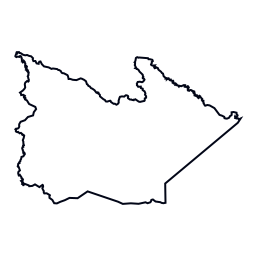 the district of Robežnieku pag., Kraslavas, Latvia
{"feature_id": "27541924B81744778922101", "entity_name": "Robežnieku pag.", "entity_type": "district", "adm_level": 2, "iso_a3": "LVA", "parent_name": "Latvia", "parent_adm1": "Kraslavas", "projection": "albers", "projection_center": [27.571, 55.969], "detail": "fine", "context": "isolated", "style": "outline", "palette": "ink", "viewbox_px": 256, "rotation_deg": 0, "n_neighbors": 0, "source": "geoboundaries", "source_scale": "gbopen_adm2", "svg_char_len": 5579}
<svg xmlns="http://www.w3.org/2000/svg" viewBox="0 0 256 256"><path d="M187.5,86.2L186.8,86.9L185.1,86.9L184.6,86.7L184.6,86.3L185.2,85.7L185.2,85.2L183.8,85.1L181.3,86.2L179.4,85.8L178.9,86.6L177.9,85.4L176.6,85.2L176.7,84.5L176.5,84.3L175.2,84.7L175.2,84.2L175.8,83.7L175.7,83.5L175.0,83.2L173.6,83.5L173.3,83.2L173.3,82.7L172.6,82.7L172.5,82.1L173.3,81.2L173.1,80.8L172.2,81.0L171.3,80.3L170.7,80.4L170.5,80.1L170.6,79.6L170.4,79.6L170.0,80.1L169.7,80.1L168.8,78.6L167.9,79.0L167.8,78.8L168.2,78.5L168.2,78.3L167.2,78.4L166.8,78.9L166.8,78.2L166.6,78.1L165.5,78.5L165.5,77.8L163.7,76.3L163.0,73.6L161.9,73.0L161.1,71.8L158.6,69.8L158.1,69.0L158.1,68.4L157.7,68.0L155.8,67.1L155.4,67.3L155.5,68.0L154.7,68.2L154.1,67.2L154.3,66.1L154.8,65.4L152.4,65.6L151.1,64.8L151.0,64.4L151.8,63.1L151.7,62.0L152.8,61.1L152.6,60.3L152.3,59.8L149.9,59.2L148.5,59.2L148.0,58.2L139.1,57.5L138.3,57.7L137.5,57.2L136.9,57.3L135.9,58.0L135.5,60.4L135.0,61.9L134.6,62.3L135.1,62.8L135.0,64.9L134.8,65.1L135.9,67.4L135.3,68.1L136.5,68.4L136.7,69.0L137.5,69.1L138.6,70.0L139.5,71.6L142.7,74.7L142.8,75.7L143.3,76.7L142.9,77.1L142.7,77.9L142.8,78.3L143.9,78.6L144.5,79.6L144.3,80.1L143.2,81.5L142.0,82.2L139.8,81.7L137.7,82.0L136.8,83.8L137.1,84.9L137.0,85.3L137.5,85.6L137.9,86.6L138.3,86.8L140.8,86.6L140.9,88.1L142.7,88.7L142.7,90.1L144.6,91.4L145.4,93.4L145.0,94.7L146.1,96.2L146.1,97.7L144.8,98.4L144.7,100.4L144.4,100.9L140.0,101.9L138.7,101.6L135.4,99.3L134.9,99.6L134.0,99.6L133.7,100.2L132.0,99.9L131.4,99.5L129.9,99.5L128.0,98.2L127.9,97.8L128.2,96.5L127.9,95.9L126.7,95.3L125.7,95.3L124.2,96.6L121.9,96.4L120.0,96.8L119.5,97.8L118.6,100.7L118.7,102.7L117.6,104.1L116.4,104.7L114.8,103.7L113.7,103.8L113.0,103.4L111.0,102.0L110.7,101.1L110.2,100.7L107.1,101.6L105.8,101.4L104.8,99.9L103.5,99.3L100.0,96.4L99.8,94.7L99.0,94.1L98.4,92.6L97.6,92.4L97.4,93.1L96.3,92.6L94.5,90.2L92.4,88.7L91.0,88.1L89.8,86.5L88.4,85.9L87.6,84.5L86.9,84.2L86.0,81.3L84.2,79.9L81.8,78.7L80.6,78.4L76.5,80.1L72.8,79.8L70.2,78.9L68.6,79.0L68.0,76.2L67.4,75.1L63.9,73.3L62.3,73.1L61.5,72.5L60.8,71.1L59.3,70.1L58.3,70.0L57.2,69.1L55.2,68.8L52.9,68.5L51.5,68.9L48.7,67.4L44.0,66.4L41.8,64.1L40.5,61.5L39.3,61.7L38.7,63.0L38.6,63.8L36.6,63.4L35.4,61.0L33.4,61.1L32.7,59.3L33.0,58.2L31.1,56.3L29.1,55.9L27.1,55.0L25.2,55.3L23.2,54.8L20.6,53.1L19.7,53.0L19.0,52.1L16.7,52.2L16.5,52.7L17.4,53.3L17.1,53.7L16.3,53.6L15.4,55.9L15.4,56.4L16.4,57.1L17.6,56.6L19.3,56.9L19.7,56.2L20.7,56.1L21.4,57.2L21.4,57.8L21.8,58.3L21.9,60.5L22.8,61.6L22.5,61.8L23.0,62.0L23.0,62.3L23.6,62.1L23.9,60.9L24.7,61.8L24.8,62.8L25.3,63.4L25.3,64.3L25.1,65.6L26.3,65.9L26.9,66.5L26.7,67.3L25.5,67.5L25.8,68.1L26.7,69.0L26.1,69.7L27.4,70.2L26.8,70.7L27.4,71.4L28.0,71.1L28.4,71.8L28.3,72.5L28.7,72.8L28.3,74.2L28.5,75.0L27.7,76.3L28.1,77.1L28.4,78.8L28.8,79.5L28.7,81.1L28.2,81.6L27.1,81.0L25.4,82.5L25.0,83.3L24.8,84.4L25.2,87.4L24.6,88.6L22.9,90.5L20.0,92.6L20.9,93.6L21.2,95.1L23.2,94.8L24.7,95.7L23.8,96.7L23.9,97.4L24.3,97.8L24.9,97.2L25.3,97.5L25.5,98.4L25.4,99.1L24.9,99.1L25.0,99.4L26.9,100.4L29.1,104.0L35.3,106.9L36.1,109.1L33.8,112.2L33.1,115.4L27.9,117.0L25.0,120.2L20.6,121.8L19.3,124.0L19.1,125.1L19.3,126.4L18.8,127.7L17.7,128.6L16.0,128.7L15.4,129.3L16.0,130.0L15.8,131.1L16.2,131.7L17.5,132.2L18.1,131.9L19.6,133.3L20.9,132.9L22.0,133.8L22.1,134.6L22.9,135.1L23.5,134.8L24.2,135.6L23.7,138.0L22.8,140.2L23.4,141.9L23.3,143.0L23.9,145.2L23.1,145.4L23.0,145.9L23.3,146.9L22.4,147.4L22.2,148.7L22.8,149.8L22.8,150.7L23.3,151.3L23.4,152.0L23.2,152.4L23.4,153.2L23.8,153.1L23.9,152.7L24.3,152.7L24.7,153.3L24.8,154.2L23.9,155.4L23.4,156.3L21.5,156.9L21.4,157.7L21.0,159.2L20.3,160.4L20.3,161.3L19.2,162.3L19.5,163.1L18.4,163.6L18.1,164.1L18.1,165.2L17.7,166.3L17.9,166.6L18.3,166.4L18.7,167.0L19.9,170.4L18.6,171.6L18.3,172.2L18.2,173.5L18.8,175.5L19.4,175.5L19.3,175.0L19.8,174.8L21.4,177.2L21.6,177.6L21.4,178.0L21.8,178.5L22.6,178.9L22.9,179.5L22.4,180.1L21.1,180.9L21.6,181.4L22.4,181.2L22.2,181.8L22.6,182.1L22.1,182.7L22.2,183.6L22.6,183.5L22.4,183.9L22.9,183.9L22.9,183.3L23.4,183.6L22.9,184.2L23.2,185.1L23.6,185.1L24.1,184.2L24.8,183.9L28.8,185.4L29.2,186.2L32.3,185.9L35.0,184.4L39.4,187.1L42.5,184.9L43.0,185.3L43.1,186.8L42.3,188.1L43.0,189.8L43.7,190.8L43.8,192.6L44.3,193.4L46.7,193.3L49.8,195.1L49.9,195.4L49.4,196.2L49.5,197.9L52.3,199.9L54.2,203.2L56.9,203.4L60.3,201.8L64.8,200.2L69.5,197.9L77.6,198.2L87.6,191.4L118.0,201.7L122.8,203.9L130.8,203.3L138.6,203.8L145.5,202.3L147.6,203.2L150.3,202.3L150.9,201.5L151.4,199.9L152.9,199.5L155.5,201.5L160.4,202.2L161.6,202.9L163.4,203.2L165.5,202.8L165.2,183.5L237.8,122.8L240.6,118.5L238.8,119.3L237.9,118.3L236.7,118.5L235.1,118.0L235.3,117.2L235.0,116.6L235.1,116.3L235.7,116.9L236.3,117.0L237.4,116.0L237.6,115.3L236.7,114.4L236.5,112.7L233.5,112.0L231.6,112.3L231.7,114.2L231.5,115.2L230.0,116.1L229.1,117.7L227.4,118.5L226.2,118.6L224.5,118.2L224.4,117.9L224.4,117.2L224.2,116.8L221.8,115.6L219.5,114.9L214.4,108.1L209.6,105.4L207.3,105.0L205.3,105.7L204.8,105.5L204.1,104.0L203.6,103.5L203.6,102.3L203.3,101.6L203.4,100.7L203.0,100.6L203.0,101.2L202.7,101.3L201.8,99.9L202.2,98.9L200.5,97.2L200.3,96.4L199.7,96.0L199.5,96.6L198.9,97.1L198.8,97.9L198.6,98.1L197.7,97.4L197.7,97.1L198.1,96.2L197.3,95.4L197.0,95.3L196.8,95.9L196.4,96.1L194.5,95.4L194.5,94.9L195.1,94.7L195.1,94.2L193.8,93.2L194.5,92.4L194.4,92.0L194.0,92.4L193.4,92.3L193.0,91.9L192.9,91.0L192.1,91.0L191.7,90.3L191.1,90.1L190.3,90.0L189.3,90.8L188.0,90.5L187.9,90.3L188.3,90.2L188.4,89.9L187.7,88.3L188.5,88.0L188.8,87.5L188.1,86.3L187.5,86.2Z" fill="none" stroke="#020617" stroke-width="2"/></svg>